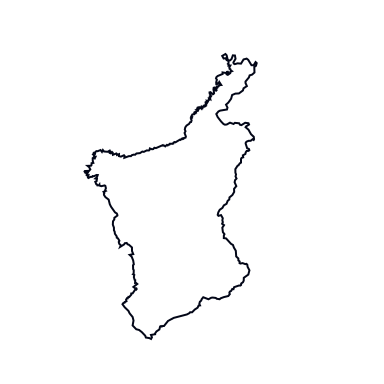 Lebríja, Santander, Colombia (orthographic projection), rotated 43°
{"feature_id": "7082276B58843088778995", "entity_name": "Lebríja", "entity_type": "district", "adm_level": 2, "iso_a3": "COL", "parent_name": "Colombia", "parent_adm1": "Santander", "projection": "orthographic", "projection_center": [-73.316, 7.235], "detail": "fine", "context": "isolated", "style": "outline", "palette": "ink", "viewbox_px": 384, "rotation_deg": 43, "n_neighbors": 0, "source": "geoboundaries", "source_scale": "gbopen_adm2", "svg_char_len": 6065}
<svg xmlns="http://www.w3.org/2000/svg" viewBox="0 0 384 384"><g transform="rotate(43 192 192)"><path d="M287.4,210.1L283.7,208.8L281.9,207.4L280.7,207.5L280.2,208.4L277.5,209.5L276.2,211.3L275.3,211.6L274.2,210.3L272.6,210.4L271.2,209.0L268.3,209.0L264.1,205.1L260.6,204.1L258.1,202.8L255.9,203.3L248.6,202.7L246.7,204.0L244.9,202.0L244.5,200.7L242.0,200.3L238.5,197.4L238.0,194.4L235.7,194.7L235.1,193.0L233.5,192.0L232.4,190.2L229.0,189.1L227.6,191.4L226.4,191.2L225.1,188.9L224.4,186.1L225.1,182.9L224.4,180.1L225.3,177.1L224.1,174.1L224.4,172.1L223.1,170.4L223.6,166.7L222.8,163.2L220.6,161.0L220.4,157.5L216.5,155.8L215.4,153.9L215.4,151.8L213.2,150.9L212.2,149.1L210.6,148.3L208.1,145.7L207.4,141.6L207.8,140.8L207.4,138.5L207.8,137.1L205.3,134.4L205.0,133.2L205.8,131.7L204.2,130.5L205.1,127.8L204.2,126.3L204.0,124.7L205.3,123.3L205.4,122.3L204.2,121.7L202.5,122.4L198.2,120.0L197.6,119.1L197.6,117.9L198.5,115.9L200.0,114.5L200.3,112.1L201.6,111.9L201.4,111.1L199.5,109.5L195.8,109.5L190.8,107.9L187.0,108.1L186.8,107.2L187.7,103.8L186.4,103.2L183.7,105.1L182.5,109.4L181.2,110.1L179.6,109.6L176.2,112.2L176.0,113.9L172.5,115.4L171.4,118.9L170.2,120.3L168.7,120.8L165.2,120.6L159.7,119.7L156.6,118.4L156.4,115.1L157.0,113.4L161.3,107.8L160.4,106.1L157.3,104.9L157.6,101.9L157.0,97.1L155.2,93.7L156.6,90.5L159.1,87.9L160.0,83.0L159.0,81.0L159.9,77.1L156.8,75.8L155.8,74.7L155.5,69.4L154.6,67.4L155.9,65.2L156.2,62.0L152.3,58.1L152.7,56.1L151.4,53.6L149.9,53.6L150.6,57.2L149.0,58.7L143.0,57.0L141.0,57.2L139.3,59.9L140.3,64.7L137.6,66.8L136.1,69.3L134.9,69.6L133.9,69.0L133.0,64.9L130.3,62.9L128.7,64.2L130.2,67.7L130.1,69.7L129.2,70.7L127.7,70.8L124.1,68.4L122.3,68.3L121.3,71.9L124.1,72.8L125.3,71.3L127.4,71.9L129.4,71.3L130.9,72.9L130.9,73.8L132.0,73.8L132.5,74.7L133.8,73.4L134.3,75.4L135.5,76.3L136.3,76.0L137.5,76.6L138.8,76.4L138.1,78.0L138.9,79.0L138.3,81.9L137.4,82.2L137.4,80.1L136.2,79.6L135.8,80.1L136.7,80.5L136.6,81.2L132.8,83.7L133.9,84.8L131.7,89.6L131.5,91.2L132.0,92.5L133.6,92.9L134.9,95.3L136.4,96.7L136.8,96.5L136.8,94.1L138.5,94.3L137.6,93.1L140.4,93.8L139.0,95.3L139.4,96.5L138.5,98.0L139.4,98.4L139.3,99.0L137.0,100.4L136.8,101.1L137.5,102.0L138.9,100.2L140.5,100.7L140.5,101.5L139.3,101.7L138.4,102.8L140.8,104.7L140.9,105.8L140.5,106.2L137.4,106.4L136.9,107.2L137.7,107.9L139.0,107.2L138.6,108.2L139.9,109.1L140.6,108.8L140.8,110.1L140.0,109.4L139.8,110.0L141.5,111.2L140.8,111.2L140.3,111.9L141.8,112.7L141.3,113.5L141.7,114.5L140.7,115.1L141.2,115.3L140.8,116.8L141.7,117.0L141.3,117.6L142.0,118.1L142.4,117.2L142.7,118.7L142.1,120.0L143.3,119.7L143.0,121.0L141.9,122.1L142.4,123.3L141.0,123.2L141.9,124.5L140.6,124.4L140.6,125.2L139.9,125.0L139.9,125.6L138.9,125.7L138.5,126.5L138.9,127.4L139.9,127.0L139.5,127.9L140.4,127.4L141.0,128.5L139.9,130.2L140.7,131.0L139.9,131.4L140.6,132.2L139.7,132.6L140.5,133.7L139.4,135.0L139.9,137.1L140.7,137.0L140.5,138.0L141.4,138.0L141.3,139.2L142.8,139.8L143.6,141.4L143.0,142.3L143.4,144.1L142.7,147.1L143.0,149.3L144.1,151.2L145.8,152.0L146.3,153.9L149.7,155.6L150.2,156.7L149.1,158.3L149.5,158.9L149.2,159.6L148.3,159.6L148.1,161.7L147.5,161.8L146.0,167.0L145.1,167.4L144.8,168.6L145.3,169.2L145.1,169.8L142.9,171.8L143.2,172.7L142.5,173.4L142.5,174.5L141.5,174.7L141.3,176.9L140.0,177.0L139.3,177.8L138.7,177.6L135.7,184.5L134.3,185.3L134.4,187.0L133.6,188.0L131.5,188.9L132.2,190.0L132.2,191.0L130.5,192.5L129.4,195.5L128.1,196.3L127.4,199.1L125.1,201.7L125.0,203.5L123.9,204.4L122.9,206.1L122.9,207.4L121.4,208.8L119.2,213.1L118.2,211.6L117.2,211.5L115.9,214.6L114.1,215.6L112.8,214.1L111.9,216.0L111.3,215.4L110.4,215.4L108.8,218.7L107.2,217.3L106.2,217.3L106.3,219.1L105.1,219.6L104.3,219.4L104.4,218.1L103.6,217.8L102.9,220.1L100.0,222.4L98.2,222.1L98.8,224.1L96.5,223.7L95.2,226.5L94.2,227.3L94.0,228.6L94.9,230.0L92.7,230.5L94.5,230.8L94.1,232.0L95.8,232.1L96.3,233.1L97.4,232.0L98.0,233.8L96.4,234.2L96.3,235.0L98.4,237.1L100.0,238.0L98.9,239.4L100.2,241.0L100.2,241.7L97.8,244.1L99.8,244.0L102.2,244.8L102.3,246.7L99.3,249.8L99.4,250.3L101.0,250.7L102.6,248.9L103.3,251.5L104.0,251.5L104.8,250.3L106.0,252.4L106.7,252.4L107.5,250.1L108.6,249.1L108.5,248.1L109.5,247.4L110.6,244.6L111.5,243.9L112.4,246.1L112.2,248.0L113.5,247.2L114.8,249.1L114.3,250.5L116.7,251.6L117.4,251.3L118.3,251.7L119.3,250.6L119.2,249.7L120.0,250.4L121.7,249.6L123.6,246.8L124.4,246.6L126.4,247.9L127.3,250.0L128.2,250.0L127.2,252.2L128.6,252.5L128.8,253.4L129.7,254.2L132.2,254.8L136.2,254.4L140.2,257.0L142.9,258.0L149.6,259.4L151.7,259.0L152.8,259.5L153.5,260.1L152.8,263.8L153.9,265.1L154.2,267.3L156.4,269.9L159.2,271.3L161.1,273.3L162.4,273.7L164.1,275.1L167.2,275.8L168.1,276.7L169.4,276.4L172.2,277.2L172.5,278.5L174.1,279.5L176.3,279.5L176.9,281.1L178.1,276.6L177.8,275.3L179.0,273.8L180.5,274.2L181.8,273.6L185.9,273.5L188.4,276.1L191.4,277.5L189.3,280.5L192.1,280.5L195.7,282.2L198.8,284.6L198.8,285.8L201.6,288.6L202.7,288.9L205.1,291.6L205.0,292.3L206.3,292.0L207.5,293.9L210.0,295.4L210.6,295.2L212.4,297.3L212.8,296.7L214.7,296.6L213.9,301.4L216.1,301.2L217.0,300.4L217.7,300.7L217.8,301.6L217.0,302.0L217.7,306.5L216.8,307.7L217.6,308.5L217.7,311.7L217.0,312.1L217.5,313.6L216.9,313.9L217.2,315.7L218.6,316.6L217.8,318.3L218.2,318.7L217.5,320.3L217.7,321.5L221.4,322.2L226.6,322.3L229.2,323.3L233.8,323.9L236.9,325.9L239.6,330.1L244.8,330.4L247.4,329.0L250.9,328.7L255.8,329.0L257.5,329.9L260.5,327.9L262.3,327.4L261.8,325.6L259.5,324.5L262.0,321.2L261.5,320.8L261.1,318.2L261.9,314.8L260.4,312.1L260.8,311.1L261.7,311.0L262.0,309.9L262.9,309.1L262.4,302.6L264.5,296.5L271.8,285.0L272.7,282.4L272.6,281.3L274.1,279.9L274.2,276.0L275.0,272.8L274.3,270.7L275.2,269.5L273.7,268.9L272.6,266.9L272.8,265.2L272.2,263.9L272.0,261.3L277.2,259.2L278.2,256.2L279.1,255.1L281.6,253.3L282.9,253.2L285.3,251.6L285.5,250.1L287.0,247.1L289.5,243.3L289.3,240.9L288.1,240.3L287.6,239.1L288.1,237.6L287.6,235.5L288.6,234.8L287.7,232.9L290.1,228.4L291.2,227.4L291.3,226.5L290.4,225.4L290.8,223.2L290.3,221.6L288.4,219.4L289.5,214.0L287.4,210.1Z" fill="none" stroke="#020617" stroke-width="2"/></g></svg>